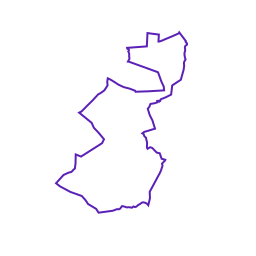 outline of Santiago Huauclilla, Oaxaca, Mexico, rotated 336°
{"feature_id": "50627088B40997107404186", "entity_name": "Santiago Huauclilla", "entity_type": "district", "adm_level": 2, "iso_a3": "MEX", "parent_name": "Mexico", "parent_adm1": "Oaxaca", "projection": "natural_earth1", "projection_center": [-97.024, 17.49], "detail": "fine", "context": "isolated", "style": "outline", "palette": "violet", "viewbox_px": 256, "rotation_deg": 336, "n_neighbors": 0, "source": "geoboundaries", "source_scale": "gbopen_adm2", "svg_char_len": 2378}
<svg xmlns="http://www.w3.org/2000/svg" viewBox="0 0 256 256"><g transform="rotate(336 128 128)"><path d="M129.7,74.4L127.7,77.6L126.9,80.1L126.6,80.8L123.6,82.8L121.7,84.0L116.9,85.0L114.5,85.1L106.6,88.5L100.7,90.7L92.2,94.0L89.6,94.1L96.9,108.5L96.9,113.9L99.1,120.0L101.5,128.5L98.2,131.3L73.5,135.0L69.5,130.9L65.6,139.1L63.0,143.4L60.5,144.2L60.3,144.4L58.4,145.1L55.4,144.6L50.0,144.7L39.8,149.2L42.1,153.6L49.3,162.9L58.1,171.3L58.2,171.5L59.9,176.9L60.6,181.2L66.0,188.9L66.7,193.4L80.4,197.4L82.0,197.5L83.7,197.6L85.1,197.7L86.7,198.6L87.9,198.5L90.8,196.9L91.7,197.6L93.1,198.6L94.5,200.0L96.6,200.7L98.0,201.6L99.2,202.4L101.0,201.9L102.2,203.1L103.9,203.2L105.9,202.5L107.5,202.4L109.2,202.1L110.6,201.8L111.9,202.2L113.5,203.5L114.6,205.0L115.1,206.8L119.5,201.1L121.9,195.1L139.0,181.9L141.4,179.7L142.3,178.5L143.3,177.6L144.2,176.4L144.6,174.4L148.9,172.6L149.2,172.2L146.2,169.8L146.7,164.0L144.2,162.1L142.1,156.2L140.6,154.7L139.9,154.6L137.4,154.9L137.4,153.4L139.6,148.9L140.1,145.4L140.5,144.4L139.6,142.0L139.8,139.9L138.9,138.7L139.3,138.6L141.0,138.2L141.7,138.2L145.2,138.7L152.4,139.6L153.4,131.0L153.1,125.2L153.2,124.1L153.9,118.4L154.3,118.2L155.9,117.5L156.8,116.6L158.3,115.2L159.8,115.5L161.1,115.9L162.4,116.2L164.4,116.4L165.2,116.5L165.2,116.1L165.7,115.1L167.2,115.7L167.4,116.6L168.4,116.4L169.5,115.1L175.1,115.3L181.0,115.0L185.7,107.1L195.9,105.4L202.6,97.3L204.1,94.8L204.5,94.3L204.8,93.4L205.2,92.4L205.4,91.7L205.9,90.8L206.2,90.5L206.7,90.0L207.9,89.2L208.4,88.9L208.5,88.3L208.6,87.5L208.7,86.7L208.9,86.1L209.1,85.0L209.5,83.9L210.0,82.6L210.6,81.8L211.1,81.4L211.5,80.8L211.9,80.1L212.2,79.3L212.5,78.5L212.7,77.6L213.1,77.0L213.6,76.5L214.6,76.1L215.6,75.9L215.9,75.7L216.2,74.9L216.2,74.2L216.0,73.8L215.7,72.7L216.1,72.3L216.2,72.2L213.7,61.5L212.9,62.2L206.0,62.2L197.5,62.0L195.1,62.0L192.1,61.8L191.0,61.4L194.2,55.2L187.6,51.2L184.4,49.2L178.4,61.1L161.4,55.0L160.6,54.7L159.8,54.4L159.6,55.2L159.9,55.7L160.4,56.3L160.6,56.7L160.5,57.2L160.3,57.6L159.4,58.2L159.4,60.0L159.3,60.6L158.9,61.4L158.5,62.5L158.1,63.2L158.0,63.5L157.9,64.3L157.4,65.4L155.0,67.3L155.7,67.7L155.9,67.9L163.7,75.4L178.1,89.3L177.4,98.9L177.5,104.7L176.3,108.3L170.4,106.1L161.1,102.6L155.5,100.3L149.7,98.0L149.7,96.9L145.5,92.7L140.7,88.9L136.9,84.5L134.2,80.3L131.7,76.7L129.7,74.4Z" fill="none" stroke="#5b21b6" stroke-width="2"/></g></svg>